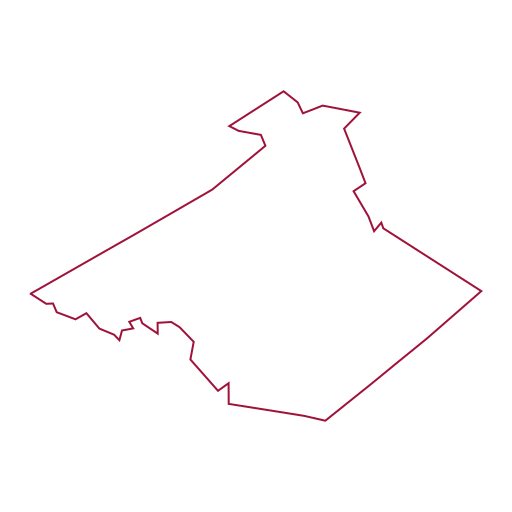 Nicholas, West Virginia, United States of America (Robinson projection)
{"feature_id": "52423323B75568598191549", "entity_name": "Nicholas", "entity_type": "district", "adm_level": 2, "iso_a3": "USA", "parent_name": "United States of America", "parent_adm1": "West Virginia", "projection": "robinson", "projection_center": [-80.892, 38.318], "detail": "fine", "context": "isolated", "style": "outline", "palette": "rose", "viewbox_px": 512, "rotation_deg": 0, "n_neighbors": 0, "source": "geoboundaries", "source_scale": "gbopen_adm2", "svg_char_len": 729}
<svg xmlns="http://www.w3.org/2000/svg" viewBox="0 0 512 512"><path d="M30.8,293.6L30.7,293.8L46.2,303.8L53.0,303.5L56.7,312.2L75.5,319.3L86.4,313.2L99.4,328.6L114.1,334.7L119.4,340.2L122.0,330.5L133.2,328.4L129.3,321.8L140.2,317.9L142.3,323.3L157.7,333.6L157.6,322.8L171.3,322.0L179.6,327.2L193.7,341.8L190.4,359.5L218.0,390.8L228.6,383.2L228.7,403.9L303.8,415.8L325.3,420.7L371.5,383.7L396.5,363.2L426.9,338.5L481.3,291.1L383.3,228.3L381.3,222.6L374.1,231.2L368.5,216.5L353.6,191.2L365.5,183.2L359.9,168.6L344.1,128.6L359.7,112.7L322.6,105.6L302.9,113.3L297.7,102.4L283.6,91.3L229.3,126.1L238.7,130.9L260.9,134.9L265.4,145.8L212.2,189.6L138.2,232.4L106.0,250.7L30.8,293.6Z" fill="none" stroke="#9f1239" stroke-width="2"/></svg>